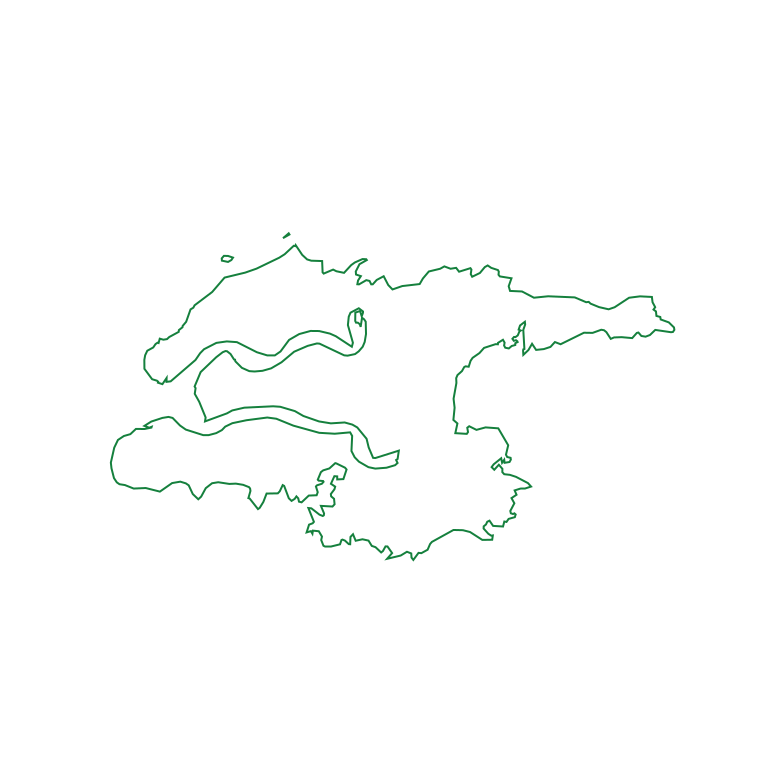 Barguna, Barisal, Bangladesh (Natural Earth projection), rotated 62°
{"feature_id": "16705992B13795829103768", "entity_name": "Barguna", "entity_type": "district", "adm_level": 2, "iso_a3": "BGD", "parent_name": "Bangladesh", "parent_adm1": "Barisal", "projection": "natural_earth1", "projection_center": [90.164, 22.173], "detail": "fine", "context": "isolated", "style": "outline", "palette": "green", "viewbox_px": 768, "rotation_deg": 62, "n_neighbors": 0, "source": "geoboundaries", "source_scale": "gbopen_adm2", "svg_char_len": 6155}
<svg xmlns="http://www.w3.org/2000/svg" viewBox="0 0 768 768"><g transform="rotate(62 384 384)"><path d="M465.0,130.8L465.6,126.2L463.6,119.1L473.0,106.3L473.7,104.5L472.5,102.2L470.2,101.4L463.3,103.6L456.9,109.4L454.5,108.6L451.8,111.5L447.6,109.8L444.8,111.1L443.5,108.5L437.9,108.5L432.9,106.6L426.8,116.8L422.9,127.1L424.5,144.3L423.5,150.6L417.1,158.0L410.0,163.9L407.6,164.7L406.7,167.1L397.1,174.9L383.6,197.9L378.2,211.1L367.1,218.7L361.0,229.0L356.2,228.0L350.5,221.8L343.4,231.2L341.3,231.6L338.7,229.9L336.9,229.9L331.8,234.8L328.0,236.8L328.1,240.1L331.0,247.2L330.7,255.8L327.7,255.8L324.0,253.1L322.3,253.3L320.1,265.0L315.3,265.8L313.5,271.1L308.5,275.5L308.6,280.3L305.7,291.6L309.1,300.1L312.5,305.6L306.1,321.9L304.5,332.1L298.6,333.8L288.7,333.7L288.7,341.6L290.7,347.1L290.0,348.5L286.2,348.4L284.0,350.9L284.3,359.3L283.4,360.7L280.4,358.3L277.9,353.8L274.2,357.3L271.4,356.1L266.7,349.4L266.5,341.0L265.5,341.1L263.6,344.3L263.0,352.6L263.6,357.1L267.1,367.1L262.1,373.1L259.1,375.2L258.2,385.4L256.6,385.8L246.4,380.9L241.0,390.3L237.9,393.4L231.6,395.6L219.9,396.8L220.6,397.6L219.6,398.8L222.8,410.8L223.3,417.2L222.3,442.4L220.5,454.2L215.2,474.8L222.1,492.5L225.6,514.3L227.1,516.5L227.3,519.8L236.2,529.5L238.2,534.5L239.3,535.3L240.1,539.8L241.6,540.8L241.7,551.6L242.5,554.5L241.3,558.0L238.7,560.7L242.0,563.8L241.2,564.5L241.5,567.0L243.4,570.6L243.5,577.4L246.5,581.4L250.2,584.3L258.1,588.4L270.9,586.5L274.5,582.9L276.0,582.3L276.7,583.0L280.1,579.7L276.6,573.1L280.0,575.0L281.5,571.1L274.3,539.2L270.5,531.9L268.8,526.6L269.0,512.7L272.6,502.8L278.0,494.2L296.3,481.3L304.0,473.6L307.5,467.0L306.7,460.1L300.5,447.1L300.1,435.4L302.7,423.9L306.8,416.4L314.1,408.1L319.2,404.1L336.0,394.9L333.0,392.1L315.0,388.2L308.0,383.5L305.3,380.1L305.3,370.7L310.1,368.5L311.2,369.1L313.8,371.9L308.3,370.9L307.5,375.8L314.8,379.8L316.7,379.9L317.6,378.3L319.9,377.3L322.6,377.8L315.2,372.3L317.5,371.2L320.4,370.9L331.4,376.4L337.8,381.3L341.1,385.3L343.3,391.0L344.0,395.5L341.9,402.8L340.0,405.7L318.1,422.0L316.7,424.2L314.5,433.5L313.3,448.2L316.7,464.3L317.2,476.3L315.3,485.1L312.2,492.4L309.4,496.9L303.0,501.9L294.2,504.6L292.6,504.1L291.9,504.9L285.5,505.4L281.4,507.2L280.5,508.5L280.2,511.5L281.6,519.6L287.4,540.3L297.3,552.4L299.2,552.3L303.8,555.7L312.9,555.5L329.8,557.2L333.0,559.6L336.2,536.5L336.1,530.4L339.3,518.5L351.6,492.4L355.4,486.3L366.1,475.4L374.4,470.2L386.5,459.0L393.8,449.4L399.5,436.8L405.0,431.0L409.8,428.0L424.2,425.1L432.8,427.3L444.1,428.3L445.3,426.4L449.8,402.2L456.6,407.2L456.8,409.0L460.1,409.1L460.9,412.3L459.1,421.1L454.6,431.4L450.1,436.8L440.8,442.6L434.9,444.3L427.9,444.2L414.9,436.5L410.8,436.6L404.8,450.8L396.7,464.1L378.2,483.6L364.1,495.4L358.8,502.8L351.4,522.5L347.4,536.3L347.1,544.2L348.6,548.8L348.6,555.2L346.8,562.9L344.3,567.6L331.2,580.4L324.9,583.6L314.7,586.6L311.9,589.7L309.9,595.6L307.9,607.1L308.5,615.2L312.4,611.8L312.7,609.2L313.3,609.8L311.3,616.6L307.2,624.1L309.2,631.5L307.8,638.1L308.5,645.2L313.6,652.1L325.2,662.1L330.5,664.2L340.3,666.6L345.4,666.1L348.3,664.6L351.6,660.2L358.8,654.1L364.0,643.2L373.8,632.4L372.0,617.6L374.6,609.7L378.7,605.6L381.8,604.0L391.4,604.5L398.6,602.1L397.6,598.3L392.3,590.3L390.9,582.4L392.9,576.5L399.6,567.5L402.4,561.6L406.9,555.7L411.7,551.6L413.4,551.3L415.7,552.1L421.1,557.3L422.0,556.4L435.3,554.0L435.0,551.9L431.5,545.9L425.6,539.1L430.7,529.1L429.8,526.4L425.7,520.9L427.1,520.0L440.2,521.7L443.8,520.5L443.5,516.8L442.1,514.1L444.7,513.4L448.0,514.3L449.8,512.3L447.2,502.8L450.6,495.7L448.4,493.3L442.5,492.2L442.0,490.8L442.9,485.7L442.0,483.3L441.1,483.3L438.6,487.1L437.4,487.4L432.2,481.1L431.7,478.2L432.9,471.9L431.0,464.2L431.7,463.4L439.6,457.7L441.9,457.2L448.9,464.5L446.3,470.1L443.6,468.7L442.1,471.1L447.2,477.7L451.7,475.3L453.7,477.2L456.2,482.6L458.4,483.4L461.9,482.0L467.0,484.1L468.0,487.0L462.0,496.9L470.2,497.7L471.7,498.8L471.8,500.0L469.1,502.3L459.7,506.5L458.0,509.0L472.8,510.6L473.5,512.3L473.0,516.2L478.7,522.0L479.6,517.6L482.6,517.5L480.1,515.6L483.4,510.7L489.6,510.4L492.3,512.7L498.4,513.4L499.9,512.3L502.6,507.2L504.9,498.1L501.8,494.8L501.9,493.7L503.9,492.0L508.8,490.3L509.6,489.1L503.3,485.4L502.1,481.9L509.1,482.6L511.0,475.9L515.0,471.2L521.2,470.8L524.1,468.1L531.4,465.6L531.0,463.4L528.1,458.9L529.1,457.2L537.1,456.2L539.8,463.3L543.3,449.8L542.9,442.5L546.4,439.5L550.2,441.2L553.1,440.7L549.3,432.8L550.9,430.4L550.8,423.3L546.9,418.4L545.9,415.8L545.5,391.2L550.1,383.0L555.1,377.5L567.8,370.4L572.3,361.6L568.8,359.0L568.3,360.5L565.2,362.2L558.4,363.9L556.5,362.8L555.9,359.9L554.1,357.5L554.2,355.0L560.5,354.3L565.7,345.8L561.9,342.3L563.3,340.6L561.6,337.3L563.0,331.0L561.0,329.0L559.4,329.6L559.4,331.1L557.7,332.7L555.4,332.1L550.5,324.9L544.6,325.0L544.0,319.0L539.3,318.6L540.4,312.6L542.5,308.5L543.6,302.3L539.1,303.4L528.0,311.0L523.3,315.5L520.1,320.2L517.4,320.9L514.5,319.3L509.2,320.5L511.5,326.9L507.9,328.0L506.4,324.8L504.6,315.4L509.0,316.7L507.3,313.4L510.2,314.5L511.8,309.8L510.3,307.5L508.6,306.9L506.3,309.5L503.7,309.5L496.4,303.1L476.8,303.9L470.0,314.7L467.9,323.9L461.3,328.6L461.7,331.0L465.9,332.4L466.9,334.3L460.9,344.1L453.3,337.7L448.3,339.6L438.1,332.8L429.7,329.5L417.1,319.6L412.7,317.5L410.6,314.9L409.2,309.1L406.7,305.2L406.7,303.7L408.5,301.1L404.2,296.7L402.5,293.5L401.5,285.2L399.1,278.7L401.2,266.8L402.4,264.8L401.2,264.0L400.8,258.2L404.1,258.1L406.4,259.9L408.9,259.9L411.2,257.1L410.4,253.4L411.2,249.8L409.6,248.9L409.7,246.3L408.9,246.2L407.3,246.9L406.8,249.1L404.4,249.4L403.5,247.1L404.3,245.9L403.9,243.1L401.2,239.8L401.0,238.1L399.2,239.6L396.2,236.4L395.2,230.4L397.7,231.4L401.6,235.6L419.0,243.6L418.8,244.7L419.8,245.5L423.7,247.3L421.8,240.5L418.0,234.4L425.3,233.7L428.2,226.5L429.4,219.6L427.2,213.4L431.8,209.4L432.6,183.4L436.8,175.8L438.1,166.7L439.8,164.5L442.6,163.3L450.6,162.6L450.9,159.0L454.2,152.2L460.0,143.3L457.6,136.8L458.0,135.2L462.4,134.2L465.0,130.8ZM199.0,469.2L203.0,464.4L202.9,460.6L201.5,458.0L197.7,461.6L195.7,465.2L196.9,468.3L199.0,469.2ZM207.8,404.7L207.6,397.3L206.2,397.4L207.1,401.2L207.8,404.7Z" fill="none" stroke="#15803d" stroke-width="2"/></g></svg>